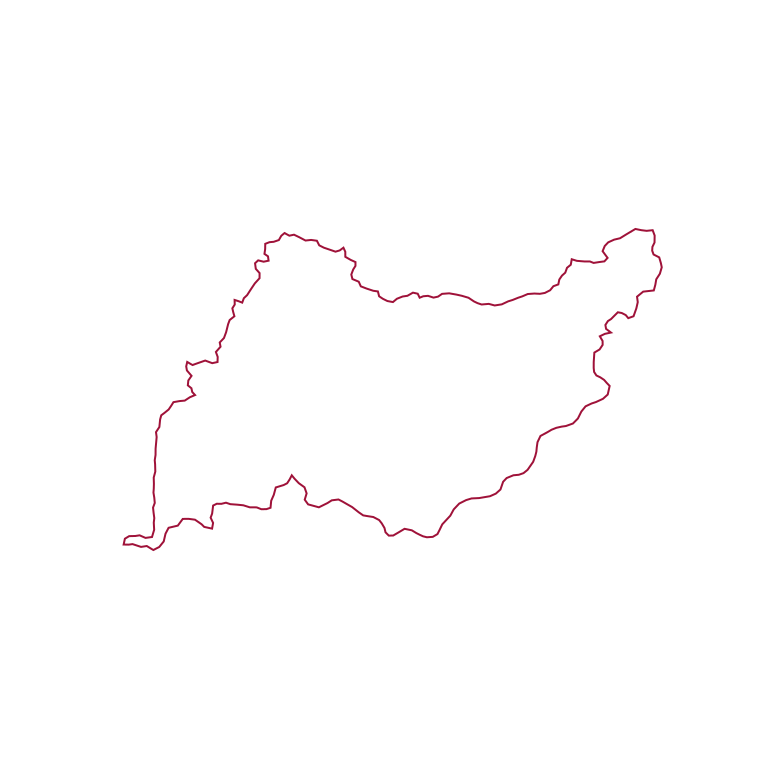 the district of Nova Iguaçu de Goiás, Goiás, Brazil, rotated 39°
{"feature_id": "56859067B16391493114440", "entity_name": "Nova Iguaçu de Goiás", "entity_type": "district", "adm_level": 2, "iso_a3": "BRA", "parent_name": "Brazil", "parent_adm1": "Goiás", "projection": "mercator", "projection_center": [-49.294, -14.309], "detail": "fine", "context": "isolated", "style": "outline", "palette": "rose", "viewbox_px": 768, "rotation_deg": 39, "n_neighbors": 0, "source": "geoboundaries", "source_scale": "gbopen_adm2", "svg_char_len": 3978}
<svg xmlns="http://www.w3.org/2000/svg" viewBox="0 0 768 768"><g transform="rotate(39 384 384)"><path d="M211.7,329.3L210.9,333.5L211.7,338.3L208.8,342.9L205.8,345.8L203.5,349.8L206.7,353.9L209.2,358.1L213.5,357.8L216.7,360.8L213.5,364.7L208.4,367.1L207.8,371.3L211.9,375.2L217.5,376.1L220.7,380.1L220.3,387.1L220.9,393.7L221.7,401.1L221.1,405.5L222.6,410.0L218.8,411.2L215.0,412.7L218.0,416.2L218.5,420.6L221.7,423.1L225.1,425.5L223.8,431.4L225.2,435.6L228.7,443.1L230.7,449.0L230.2,455.1L233.5,457.9L233.2,464.9L237.7,467.6L240.8,471.7L237.4,475.9L230.3,478.3L226.7,484.1L223.2,489.8L217.2,490.7L219.2,494.8L222.3,497.5L229.3,498.8L229.7,504.4L232.4,508.5L237.0,508.5L240.0,510.9L244.1,511.5L241.5,516.4L239.6,522.3L235.9,525.9L231.8,530.6L232.3,534.6L232.7,539.3L231.6,544.5L230.6,548.5L232.3,552.4L236.5,558.8L237.1,564.9L240.7,568.3L247.2,578.0L251.1,582.9L253.8,587.5L256.7,590.5L261.4,596.0L263.9,601.6L268.1,606.5L271.0,610.3L273.2,613.5L277.0,616.9L280.7,620.7L282.3,625.4L286.0,629.1L289.9,632.8L292.3,636.6L297.1,641.9L300.0,648.9L295.5,653.7L289.3,655.4L286.4,658.6L281.7,662.6L280.0,667.3L282.7,672.6L286.7,669.5L289.3,666.7L293.2,665.2L297.7,663.5L301.6,659.2L309.2,658.2L311.9,652.1L311.9,645.0L308.4,637.8L307.1,631.3L312.9,623.8L312.5,615.5L317.1,611.7L322.5,608.4L330.5,607.8L334.2,608.2L341.4,604.6L338.6,599.5L333.4,597.0L332.0,592.9L327.7,586.0L329.4,582.3L333.0,579.5L335.9,575.7L340.2,574.1L345.8,570.2L351.0,566.8L357.3,564.3L362.7,560.0L367.5,558.5L371.4,555.2L373.7,551.6L369.8,545.7L368.1,539.5L365.0,532.5L369.6,525.7L371.2,522.1L370.7,517.4L369.8,513.0L374.1,513.9L380.2,514.7L387.2,514.3L392.7,517.7L395.2,523.8L400.8,525.3L411.0,520.8L413.3,515.8L415.0,512.1L416.6,507.3L421.3,502.4L425.6,501.5L430.6,500.7L436.7,499.7L445.1,499.6L450.5,499.2L453.9,497.3L459.4,494.1L465.8,492.8L469.9,493.7L475.0,495.6L478.5,498.3L483.1,498.8L486.5,496.0L488.8,489.9L491.1,483.6L497.7,480.2L502.9,479.5L506.6,478.7L510.2,477.8L513.8,476.1L518.1,472.1L520.0,467.0L519.0,462.3L517.6,456.4L518.4,444.6L517.1,437.6L517.7,429.6L520.9,422.5L524.1,417.8L529.7,412.8L537.0,404.5L539.9,398.8L540.9,392.7L538.1,385.0L538.5,379.9L542.0,373.5L545.9,369.7L548.5,365.5L549.6,360.4L548.9,350.6L546.9,344.8L545.0,340.7L542.6,337.1L539.9,332.6L538.3,325.9L541.6,317.9L543.0,314.1L545.5,309.6L548.9,305.3L551.8,302.2L555.7,295.8L556.4,288.8L554.7,281.2L554.7,274.5L557.6,268.5L560.1,264.6L563.5,257.7L564.5,251.4L560.6,243.5L556.5,243.0L552.5,242.3L547.9,242.7L543.7,243.7L539.7,242.4L536.9,239.6L533.2,235.0L527.7,227.2L529.8,221.5L529.3,216.0L526.8,213.0L521.7,211.1L524.1,206.0L528.0,201.2L521.9,201.4L518.9,198.8L518.4,194.2L519.6,190.6L520.1,185.7L520.6,181.1L524.1,179.2L528.5,178.3L532.4,179.1L535.3,174.3L532.5,166.4L529.7,160.7L525.7,156.9L527.3,149.1L534.8,141.5L532.4,136.1L529.7,131.3L529.0,124.7L526.4,118.5L523.1,115.8L518.2,112.4L512.0,113.7L508.5,111.6L506.3,108.5L505.2,103.8L500.9,98.3L496.0,95.4L491.7,99.7L487.2,102.5L481.8,105.3L478.3,114.8L475.7,122.2L472.0,127.0L469.1,132.8L468.7,137.8L470.3,143.2L478.4,145.3L478.1,150.0L474.6,153.7L470.7,158.0L466.9,159.2L462.4,162.8L456.4,166.9L451.4,168.9L454.1,173.8L453.1,178.5L454.8,183.4L454.1,187.8L454.5,192.5L456.8,196.9L454.1,201.4L454.1,206.6L451.7,212.0L448.4,215.8L443.9,219.1L439.1,223.6L436.3,228.9L434.0,232.5L431.1,237.7L428.5,241.6L425.4,248.0L420.6,253.3L415.0,255.8L409.8,260.8L405.8,262.3L402.0,263.2L395.4,263.8L388.9,266.5L384.1,268.9L377.6,272.5L372.4,277.4L371.0,282.1L368.1,285.7L362.7,287.8L359.3,291.1L357.4,294.5L353.4,292.6L349.0,294.8L346.7,300.7L343.4,304.3L340.4,309.6L339.4,314.7L334.4,317.4L329.5,318.5L325.0,318.9L321.0,315.9L317.0,318.3L310.4,320.8L304.5,322.7L300.0,320.4L293.4,322.3L289.7,319.5L288.0,314.4L287.5,310.2L285.1,307.2L280.1,308.5L273.9,309.5L270.7,305.6L266.7,303.6L265.5,308.1L263.0,311.7L258.3,313.4L251.5,315.9L246.4,317.0L241.7,314.9L236.7,317.9L232.7,321.9L225.6,323.3L220.1,324.6L217.1,328.3L211.7,329.3Z" fill="none" stroke="#9f1239" stroke-width="2"/></g></svg>